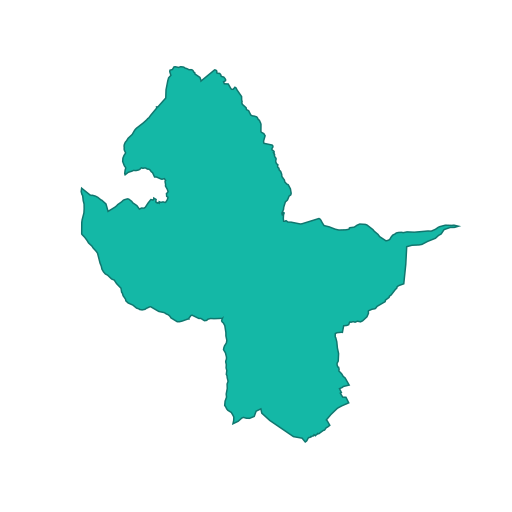 outline of Panaci, Suceava, Romania, rotated 196°
{"feature_id": "2599482B10170445838699", "entity_name": "Panaci", "entity_type": "district", "adm_level": 2, "iso_a3": "ROU", "parent_name": "Romania", "parent_adm1": "Suceava", "projection": "orthographic", "projection_center": [25.439, 47.202], "detail": "fine", "context": "isolated", "style": "filled", "palette": "teal", "viewbox_px": 512, "rotation_deg": 196, "n_neighbors": 0, "source": "geoboundaries", "source_scale": "gbopen_adm2", "svg_char_len": 6117}
<svg xmlns="http://www.w3.org/2000/svg" viewBox="0 0 512 512"><g transform="rotate(196 256 256)"><path d="M347.1,423.5L357.1,409.0L357.5,409.9L359.1,412.2L364.8,414.1L365.5,415.4L366.4,415.5L367.5,416.7L368.4,417.2L369.4,417.3L371.7,416.6L374.4,417.1L375.7,417.0L377.4,417.6L378.1,417.6L380.6,417.2L382.4,415.9L385.6,415.7L386.9,415.2L387.8,412.2L389.9,410.9L389.7,409.4L387.6,406.2L389.1,403.2L389.1,400.1L388.3,391.0L386.3,383.0L391.4,372.3L392.7,371.9L392.2,370.9L396.0,362.3L397.1,359.2L398.0,358.2L398.4,357.1L401.0,352.9L406.0,346.1L406.9,344.5L407.4,343.1L408.5,338.7L411.4,333.9L412.2,331.0L413.0,329.3L413.2,327.8L413.3,326.2L412.8,324.3L412.4,323.8L412.3,322.6L411.7,321.4L409.9,319.4L409.8,318.8L410.6,316.3L410.9,313.4L410.2,310.1L407.4,306.4L405.8,305.2L405.4,304.2L405.5,302.6L404.9,299.0L404.2,298.0L401.9,301.2L398.7,303.3L397.4,304.5L395.0,305.0L392.8,306.2L391.7,307.1L390.5,309.2L388.9,309.1L387.7,309.8L386.4,310.2L384.4,309.6L383.2,309.9L381.9,309.7L379.8,308.1L378.4,307.6L375.3,304.0L373.5,304.5L368.2,303.8L367.3,304.0L365.4,305.1L363.7,303.7L364.0,302.9L363.8,302.2L362.6,299.8L362.3,298.3L359.8,295.8L358.2,293.6L358.9,291.8L359.3,291.4L358.3,288.7L356.8,288.2L356.7,287.8L356.8,285.5L357.5,283.2L358.1,282.4L360.3,282.4L362.2,281.3L364.0,281.5L363.6,280.0L365.1,280.2L365.3,279.7L366.8,280.0L366.9,280.5L367.4,280.7L367.6,282.8L370.2,283.5L370.0,282.5L370.4,281.4L372.6,281.3L374.3,277.3L375.8,272.4L376.8,271.1L379.4,270.5L381.0,268.9L384.4,271.6L389.0,273.1L390.6,274.3L392.7,275.1L394.0,275.6L395.3,275.5L398.2,273.7L399.0,272.9L400.1,271.0L403.1,267.3L403.8,265.8L405.1,264.0L410.5,258.1L414.6,264.7L419.8,267.2L420.3,267.1L424.3,268.8L426.9,269.3L430.0,269.3L431.0,268.9L432.3,268.9L442.3,273.1L441.8,269.7L440.3,267.2L439.3,266.3L437.3,261.5L435.6,258.6L434.2,254.0L433.3,250.0L433.1,242.8L432.7,240.1L429.7,229.4L429.3,228.8L425.7,226.7L422.6,224.3L420.6,222.4L416.3,220.2L414.9,218.9L410.7,216.3L409.1,215.0L403.9,206.1L402.0,203.7L400.4,200.8L398.3,198.8L395.9,197.2L393.4,196.7L388.5,194.1L385.7,193.8L382.4,191.0L376.9,187.8L375.2,184.2L374.1,183.3L372.8,181.2L369.6,178.6L368.7,177.0L366.0,175.6L360.9,174.9L356.5,173.0L354.1,172.9L353.1,172.5L350.6,172.8L347.9,174.2L347.3,175.1L344.0,178.0L343.3,178.2L334.2,175.9L328.5,176.3L326.4,175.6L324.0,175.3L321.9,174.2L320.8,173.1L313.6,171.1L311.5,171.7L309.2,173.0L303.9,176.8L303.1,176.9L303.3,177.8L302.1,180.9L301.1,181.5L293.7,180.2L291.8,180.8L287.7,179.6L285.7,180.5L284.8,182.0L282.5,183.4L279.0,184.2L272.4,186.4L271.3,186.5L271.1,186.8L271.2,184.2L270.3,183.3L269.0,182.7L266.8,180.5L263.8,174.0L262.9,170.9L260.8,166.9L260.5,164.2L261.5,160.9L261.6,158.7L261.4,157.0L258.7,154.5L256.5,150.7L256.0,148.7L256.1,146.6L255.9,145.8L254.6,143.4L253.9,140.2L252.5,137.9L251.9,134.0L250.9,133.0L250.1,131.0L248.3,127.9L248.5,125.0L247.1,120.7L246.6,115.1L245.4,112.2L245.7,108.0L244.9,103.7L243.4,102.5L242.1,101.0L240.5,99.9L236.6,98.8L233.9,96.2L232.9,95.0L232.1,91.7L231.9,88.4L227.6,92.2L225.0,96.3L223.6,97.4L220.6,97.4L217.4,98.2L213.5,101.3L213.1,106.9L209.2,110.4L207.1,106.5L197.4,101.7L170.2,92.7L161.5,93.6L157.4,90.8L156.4,92.1L156.0,93.5L155.8,95.0L155.2,96.1L154.3,96.4L153.5,97.1L153.6,97.5L153.0,97.5L152.1,98.6L151.2,98.9L150.9,100.2L149.4,99.6L148.6,101.1L148.1,101.4L147.9,102.4L146.7,102.4L143.3,106.8L142.1,107.6L141.2,110.2L139.9,111.5L138.4,113.6L142.0,117.1L143.2,117.8L140.3,124.3L136.0,131.7L135.0,132.9L132.0,135.8L126.4,140.4L130.6,145.0L133.7,144.2L137.2,147.4L136.3,148.3L139.2,151.5L136.9,153.4L136.0,154.7L130.9,157.6L136.8,163.4L139.0,164.3L141.1,166.3L144.7,168.4L144.9,170.0L145.9,171.8L146.7,171.8L148.0,173.6L148.5,175.2L148.0,177.7L149.7,184.9L152.4,190.0L154.7,195.8L156.8,199.4L157.6,200.1L158.4,203.2L157.2,204.5L152.7,206.3L151.9,206.4L152.5,213.1L149.7,214.2L148.0,215.5L147.8,218.0L147.5,218.5L146.5,218.5L144.5,219.7L142.5,219.7L140.5,221.3L137.4,221.5L135.7,223.0L132.6,228.1L132.1,232.0L132.8,233.7L132.7,234.4L129.8,236.8L127.1,238.1L126.6,238.7L125.7,241.0L119.3,247.7L119.4,249.3L116.7,252.8L116.6,254.3L115.4,255.7L112.7,262.5L111.9,263.6L111.8,265.5L110.6,266.9L106.3,270.0L109.7,289.1L113.7,306.5L109.1,309.3L102.3,311.6L99.7,312.9L95.0,317.4L88.4,322.5L86.2,326.1L84.1,328.2L82.5,333.2L77.3,336.9L73.1,338.2L69.7,340.4L74.2,340.2L76.5,339.3L82.5,337.8L87.4,334.9L88.7,333.8L90.9,331.1L94.4,328.2L97.7,327.4L110.4,322.5L117.5,320.8L120.9,319.0L122.6,318.9L125.5,317.9L127.5,316.8L128.5,315.4L130.3,313.8L131.2,311.8L132.0,308.8L133.1,307.6L135.2,306.4L142.5,308.7L144.7,310.4L149.2,312.4L150.9,313.6L157.9,316.4L159.7,316.5L165.1,315.3L167.4,313.4L169.5,310.8L173.5,309.1L174.0,308.5L173.8,307.8L174.1,307.3L176.9,305.9L183.5,303.8L187.2,303.6L193.7,304.2L199.0,304.0L201.6,306.3L203.5,308.3L204.6,309.1L205.8,309.4L220.6,299.7L222.1,299.0L231.7,298.2L234.5,297.4L236.8,298.2L237.3,297.9L237.6,297.4L239.0,297.0L240.1,299.6L240.9,303.2L240.8,305.1L241.5,305.4L242.0,305.1L241.8,303.4L242.1,302.9L242.8,303.9L242.9,304.5L242.4,308.3L242.8,310.6L242.7,316.0L241.2,318.5L240.7,322.7L239.4,324.4L239.5,326.0L241.4,330.0L243.5,332.2L244.7,333.4L246.2,333.6L247.5,334.4L248.8,335.2L249.6,336.8L253.1,339.6L253.8,341.6L255.6,344.1L257.4,345.1L258.2,346.7L259.5,347.2L260.1,348.6L260.1,349.7L261.7,350.4L262.9,351.8L263.4,353.6L263.4,354.8L263.9,355.6L265.1,356.4L266.0,357.7L266.1,358.7L266.5,359.2L267.0,359.2L267.2,360.1L267.6,360.2L267.2,360.8L267.3,361.2L267.8,361.7L269.0,362.2L269.3,362.1L270.0,362.7L270.3,363.6L269.8,365.5L270.1,366.4L271.1,367.1L279.4,366.5L280.1,367.6L280.4,368.9L280.4,374.1L282.2,375.8L284.9,376.4L285.6,377.0L287.5,383.9L288.1,384.9L290.2,387.4L291.4,387.8L292.9,389.4L293.7,389.9L296.2,390.0L298.2,389.7L299.9,390.1L303.1,393.6L305.5,394.1L306.4,395.8L310.9,398.0L311.9,399.3L311.9,400.5L312.8,402.1L313.8,405.3L319.9,410.3L321.6,412.1L322.8,412.4L323.9,409.9L325.3,409.5L326.2,409.9L330.1,413.7L333.9,412.8L335.2,414.5L333.6,416.1L333.8,417.1L334.7,418.0L336.3,419.1L338.9,419.1L340.0,420.7L341.3,421.5L343.0,421.1L344.1,421.2L344.4,421.7L344.6,422.8L345.1,423.3L346.0,423.6L347.1,423.5Z" fill="#14b8a6" stroke="#0f766e" stroke-width="1.5"/></g></svg>